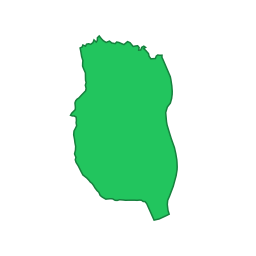 Panorama, São Paulo, Brazil, rotated 155°
{"feature_id": "56859067B41542408145429", "entity_name": "Panorama", "entity_type": "district", "adm_level": 2, "iso_a3": "BRA", "parent_name": "Brazil", "parent_adm1": "São Paulo", "projection": "equal_earth", "projection_center": [-51.854, -21.459], "detail": "fine", "context": "isolated", "style": "filled", "palette": "green", "viewbox_px": 256, "rotation_deg": 155, "n_neighbors": 0, "source": "geoboundaries", "source_scale": "gbopen_adm2", "svg_char_len": 1894}
<svg xmlns="http://www.w3.org/2000/svg" viewBox="0 0 256 256"><g transform="rotate(155 128 128)"><path d="M128.1,221.0L130.2,221.5L131.9,220.1L133.8,222.3L135.3,220.8L137.6,220.8L138.5,217.0L139.8,212.4L140.4,208.1L141.5,206.3L143.0,203.3L143.2,200.5L143.3,196.0L144.8,192.6L146.3,189.2L146.7,186.9L148.6,184.8L149.2,181.6L150.7,179.6L155.9,177.6L159.8,176.0L162.2,175.6L164.0,174.7L165.5,173.1L166.9,169.1L168.0,167.0L169.8,166.3L172.8,165.2L174.7,163.8L173.4,162.5L171.6,161.6L170.4,159.7L171.6,156.6L172.8,154.7L173.6,151.7L176.7,149.2L178.2,148.1L180.1,144.8L181.2,140.5L182.4,136.7L183.2,133.5L185.0,130.1L187.4,127.1L187.6,123.4L189.2,121.5L189.6,118.7L189.1,114.9L189.0,111.7L188.9,107.9L188.7,104.4L186.5,100.2L185.5,97.2L185.0,95.0L184.0,93.0L183.5,90.5L183.2,87.5L182.5,84.3L181.6,82.1L181.7,78.6L180.5,76.2L178.2,72.9L176.4,72.3L174.2,71.5L172.0,70.4L170.2,67.9L168.3,66.9L166.0,66.6L163.3,65.1L160.5,63.4L158.8,62.7L156.8,61.8L152.9,60.0L150.3,58.6L148.0,57.8L146.3,56.8L145.3,55.0L143.6,54.0L143.0,51.4L143.3,33.5L138.2,32.4L130.0,32.4L127.1,32.5L126.6,36.4L124.7,42.1L122.6,45.7L119.3,48.6L111.6,56.1L104.5,64.5L101.2,69.4L99.9,71.9L98.1,76.2L97.2,78.6L95.6,84.3L94.2,90.6L93.3,100.2L92.6,105.4L91.8,111.0L91.3,114.3L90.5,117.3L88.8,122.0L87.3,126.1L83.5,130.4L79.1,132.7L76.0,136.3L73.8,139.8L72.4,142.6L70.5,147.6L68.7,153.7L68.0,156.6L67.4,175.1L67.4,177.7L66.4,179.6L68.5,180.5L70.2,181.6L72.0,181.2L73.8,179.4L76.1,180.3L78.0,181.0L78.6,184.1L78.0,186.8L79.1,190.6L80.2,193.3L78.0,193.6L79.1,195.5L81.5,195.3L83.6,193.3L85.4,194.0L83.9,196.2L84.5,198.5L86.4,199.1L88.9,199.7L90.1,204.4L91.9,206.5L96.4,205.3L98.2,207.2L100.0,209.3L101.9,210.7L104.0,209.9L106.8,211.9L108.1,214.6L111.7,214.8L113.5,217.6L114.4,220.1L115.2,223.6L117.6,222.7L118.8,220.3L120.5,219.3L121.6,222.2L123.6,220.2L126.5,219.6L128.1,221.0Z" fill="#22c55e" stroke="#15803d" stroke-width="1.5"/></g></svg>